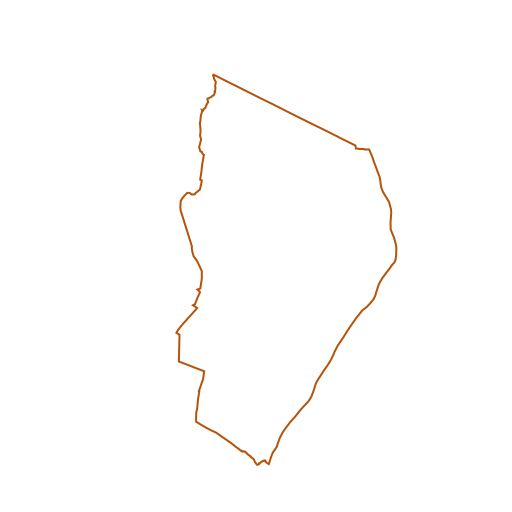 Dignājas pag., Jekabpils, Latvia, rotated 48°
{"feature_id": "27541924B5216902390969", "entity_name": "Dignājas pag.", "entity_type": "district", "adm_level": 2, "iso_a3": "LVA", "parent_name": "Latvia", "parent_adm1": "Jekabpils", "projection": "equal_earth", "projection_center": [26.111, 56.337], "detail": "fine", "context": "isolated", "style": "outline", "palette": "amber", "viewbox_px": 512, "rotation_deg": 48, "n_neighbors": 0, "source": "geoboundaries", "source_scale": "gbopen_adm2", "svg_char_len": 5583}
<svg xmlns="http://www.w3.org/2000/svg" viewBox="0 0 512 512"><g transform="rotate(48 256 256)"><path d="M339.1,411.4L344.8,409.7L350.4,407.9L353.2,406.9L353.3,406.8L356.0,405.8L357.6,405.1L360.6,403.8L363.8,403.1L367.7,402.2L367.9,402.1L369.8,401.7L372.2,401.1L378.7,399.6L384.4,398.7L386.0,398.3L389.8,397.6L390.5,397.5L390.5,397.3L390.7,397.2L390.9,397.1L391.0,397.1L391.3,397.2L391.5,397.2L391.8,397.2L392.0,397.2L392.3,397.1L392.3,396.8L392.2,396.7L392.3,396.6L392.4,396.2L392.6,396.0L392.9,395.9L393.2,395.8L393.4,395.7L393.8,395.2L394.2,395.0L394.4,395.0L394.7,395.0L395.2,395.1L395.5,395.0L395.9,394.9L396.2,394.8L396.5,394.8L396.9,394.9L397.6,394.9L398.0,394.8L398.3,394.8L398.7,394.7L399.0,394.7L399.4,394.5L399.6,394.5L399.7,394.4L399.8,394.4L400.1,394.3L400.3,394.3L400.6,394.2L400.8,394.2L401.0,394.2L401.2,394.3L401.4,394.2L401.5,394.3L402.0,394.3L402.1,394.2L402.4,394.2L402.7,394.1L403.0,394.1L403.5,394.0L404.4,393.8L404.8,393.7L405.7,393.7L407.0,394.2L408.2,394.5L408.8,394.7L409.6,394.8L410.0,394.7L410.5,394.9L411.1,394.9L411.9,394.9L412.1,394.7L412.4,394.1L412.5,393.8L412.6,393.3L412.7,393.1L412.7,392.9L412.1,392.5L412.1,392.2L412.2,391.9L412.4,391.6L412.6,391.1L412.5,390.7L412.5,390.4L412.6,390.2L412.6,389.7L412.8,389.2L412.7,388.6L412.8,388.0L413.0,387.5L413.5,387.3L413.8,386.9L414.0,386.4L413.9,386.1L414.0,386.0L414.1,385.9L414.4,386.0L414.6,386.5L414.9,386.6L415.4,386.6L416.8,386.4L419.2,385.7L415.4,379.2L413.4,375.2L412.4,371.0L411.6,367.9L410.0,365.5L407.1,360.0L404.9,354.0L403.7,349.0L402.3,341.4L401.5,333.7L400.4,327.8L399.8,322.9L399.6,320.1L399.2,315.1L398.6,312.3L397.6,309.1L394.6,303.2L391.3,297.7L390.0,294.9L388.7,290.4L386.3,281.4L385.3,276.7L383.5,270.3L381.7,265.8L379.6,261.4L377.2,254.9L375.2,246.6L372.6,237.5L371.0,231.0L369.1,222.7L368.5,218.7L367.5,213.6L368.0,207.9L367.5,202.2L366.8,197.7L365.4,194.2L365.3,193.9L363.4,190.9L360.3,185.6L359.4,183.9L358.2,181.0L357.0,177.0L355.8,171.2L355.7,171.1L355.6,170.4L354.7,165.0L354.1,162.6L353.7,160.8L353.4,157.5L352.8,156.1L351.9,154.5L349.8,152.0L346.6,148.8L343.6,146.1L342.0,144.9L334.7,141.1L330.5,139.7L326.2,138.0L320.9,133.4L314.2,126.4L311.4,124.3L307.9,122.5L304.6,120.9L293.4,118.8L289.6,117.4L286.7,115.8L283.6,113.5L279.9,111.2L274.8,109.3L270.3,107.4L264.8,105.3L260.2,103.3L252.6,100.6L250.4,103.0L249.4,104.1L248.9,104.4L248.7,104.3L247.4,105.6L246.2,107.0L244.6,108.4L243.0,109.8L241.7,109.0L240.4,108.2L236.1,109.9L231.8,111.6L228.8,112.8L225.7,114.0L225.0,114.3L223.7,114.8L221.7,115.5L219.0,116.6L215.3,118.0L212.8,119.0L211.4,119.5L210.6,119.9L208.9,120.5L207.8,121.0L206.6,121.4L204.0,122.5L202.3,123.1L201.4,123.6L195.7,125.9L188.0,128.9L182.5,131.1L174.0,134.4L167.9,136.8L160.3,139.7L154.2,142.1L147.0,145.0L140.2,147.7L131.2,151.2L125.9,153.3L118.7,156.1L114.1,157.9L111.4,159.0L107.7,160.4L102.2,162.6L95.3,165.2L92.8,166.3L93.3,167.2L94.9,167.6L95.9,168.5L99.8,169.4L102.5,172.8L103.6,173.4L105.4,175.2L106.0,176.6L106.9,176.7L107.1,177.6L108.1,179.3L108.2,180.5L107.7,181.2L107.9,182.4L107.3,185.2L106.5,186.7L107.1,187.3L109.8,188.8L109.9,189.6L110.0,190.3L111.6,193.7L111.9,194.4L112.0,195.2L111.7,196.3L112.0,196.9L112.3,197.4L112.5,198.1L111.6,198.5L112.3,198.7L112.5,199.4L113.2,200.3L113.8,201.6L115.0,203.2L116.1,204.6L118.9,207.4L118.9,207.7L119.8,208.9L121.4,210.0L123.0,211.2L124.4,212.3L125.9,213.5L127.6,215.3L129.3,217.2L132.6,218.7L137.1,225.5L141.0,227.3L142.5,226.6L142.8,226.8L142.9,227.0L143.3,227.1L143.8,227.2L144.2,227.2L145.0,227.2L145.7,227.2L145.9,227.2L146.0,227.3L146.1,227.2L147.8,229.4L152.1,234.9L155.2,238.4L156.2,239.4L161.9,246.4L163.3,245.8L163.5,245.7L164.4,246.8L164.7,247.1L165.1,247.6L165.4,248.0L165.9,248.6L166.9,250.2L167.7,251.2L168.4,252.1L169.0,253.3L169.1,253.5L169.1,253.8L169.0,255.0L169.0,256.0L168.9,256.8L168.9,258.2L168.8,258.4L168.8,258.9L169.0,259.5L169.1,259.8L169.1,260.2L169.1,260.4L168.6,261.0L168.2,261.6L167.8,262.0L167.4,262.5L167.2,262.7L166.8,262.8L165.4,262.9L165.1,263.0L164.8,263.1L164.5,263.3L164.2,263.6L163.7,264.2L163.6,264.3L163.1,264.9L163.1,265.0L163.0,265.3L163.1,266.0L163.2,267.1L163.4,269.5L163.6,270.6L164.0,272.8L164.5,274.6L164.6,275.0L165.9,276.3L167.2,277.6L169.1,279.6L169.9,280.2L170.8,280.8L171.4,281.3L173.1,282.2L175.9,283.4L179.6,285.1L185.9,288.0L193.8,291.6L198.1,293.6L201.9,295.3L204.0,296.3L205.9,297.1L206.6,297.9L206.7,298.0L206.9,298.1L207.1,298.4L207.6,298.7L209.6,300.1L211.5,301.1L214.2,302.4L214.3,302.5L214.6,302.6L217.7,302.9L220.7,303.3L221.2,303.4L221.8,303.5L222.6,303.8L224.4,304.4L226.0,304.8L230.1,306.1L231.0,306.5L231.5,306.8L235.1,310.1L235.6,310.5L237.2,312.2L237.8,312.9L240.0,315.6L240.2,315.8L241.6,317.6L242.8,319.0L242.8,319.5L242.0,321.2L241.7,322.0L243.6,321.8L245.4,321.8L247.8,327.2L249.8,331.2L250.8,333.3L251.0,333.5L250.5,335.4L250.4,335.8L252.9,335.1L255.3,334.5L255.6,337.0L255.9,340.0L256.1,341.6L256.4,344.4L256.5,345.9L256.6,346.4L256.7,347.9L256.7,348.0L256.8,349.1L256.9,349.6L257.0,350.1L257.1,351.0L257.2,352.5L257.3,353.8L257.5,355.0L257.5,355.5L257.7,356.7L257.9,357.9L257.9,358.2L258.4,361.0L258.5,361.3L258.6,362.2L258.7,362.8L258.9,363.9L259.0,364.0L259.4,365.2L259.9,366.5L260.1,366.4L261.7,366.0L263.3,365.5L267.0,369.0L270.7,372.5L274.4,376.0L278.0,379.4L280.4,381.7L282.8,383.9L288.9,380.8L295.0,377.7L301.0,374.7L307.0,371.6L309.4,374.5L311.8,377.4L312.1,377.8L312.4,378.2L312.5,378.3L313.0,379.3L313.4,380.2L315.2,383.4L318.2,388.9L318.7,388.7L323.6,394.9L328.1,399.7L330.8,402.8L332.1,404.9L333.6,406.4L333.7,406.5L334.7,407.4L336.7,409.3L339.1,411.4Z" fill="none" stroke="#b45309" stroke-width="2"/></g></svg>